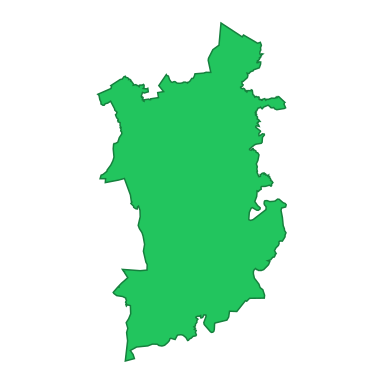 Tamazunchale, San Luis Potosí, Mexico, rotated 270°
{"feature_id": "50627088B74317762178215", "entity_name": "Tamazunchale", "entity_type": "district", "adm_level": 2, "iso_a3": "MEX", "parent_name": "Mexico", "parent_adm1": "San Luis Potosí", "projection": "albers", "projection_center": [-98.765, 21.244], "detail": "fine", "context": "isolated", "style": "filled", "palette": "green", "viewbox_px": 384, "rotation_deg": 270, "n_neighbors": 0, "source": "geoboundaries", "source_scale": "gbopen_adm2", "svg_char_len": 6074}
<svg xmlns="http://www.w3.org/2000/svg" viewBox="0 0 384 384"><g transform="rotate(270 192 192)"><path d="M147.1,285.0L149.0,285.1L151.2,286.0L153.6,284.5L155.2,284.4L158.4,283.2L166.5,282.4L173.8,281.0L176.0,281.7L177.0,285.6L179.2,286.2L180.5,285.2L181.3,283.1L184.7,279.2L184.9,277.6L183.0,275.1L182.7,273.7L182.4,269.8L183.4,267.1L183.3,265.0L182.7,264.4L180.7,264.1L179.3,264.4L177.2,266.1L174.4,266.0L164.4,253.1L163.6,250.6L164.3,248.9L165.0,248.8L171.6,249.3L175.7,251.1L176.4,252.3L173.8,256.8L173.7,258.3L175.0,260.1L176.3,260.1L178.4,257.6L182.5,254.8L187.6,256.7L193.1,257.1L192.5,258.4L193.7,259.4L194.8,261.2L196.8,261.0L197.5,261.6L197.6,265.3L198.8,269.4L197.8,271.0L198.4,271.6L199.7,271.5L201.4,272.9L202.9,271.9L203.5,270.6L204.3,270.9L205.9,270.1L206.4,269.2L207.2,269.6L208.0,268.6L208.8,268.6L208.0,267.8L208.8,267.3L208.8,266.0L209.7,265.9L210.3,265.2L210.0,264.7L210.7,264.3L210.0,263.9L211.0,263.3L210.6,262.0L209.4,260.8L209.4,260.2L207.6,260.4L207.3,258.9L212.1,256.8L212.7,257.4L215.0,256.8L217.2,257.3L220.1,256.3L223.6,257.9L229.1,259.0L231.2,257.7L231.6,256.2L233.0,255.9L234.6,253.4L235.4,253.2L235.2,252.5L234.6,252.6L235.0,252.2L233.7,251.1L234.3,249.5L235.1,249.6L239.2,254.6L239.9,256.3L240.7,261.2L241.7,262.1L246.7,262.5L249.0,264.4L249.9,264.3L250.2,262.4L248.4,260.0L248.3,259.0L250.4,258.8L252.5,260.5L253.0,260.4L256.7,255.8L257.7,255.8L258.2,256.7L257.6,259.2L258.9,258.7L260.8,257.1L261.4,257.5L261.2,258.0L262.5,258.5L262.6,260.0L264.5,258.5L265.0,257.2L267.0,257.5L268.9,255.7L269.3,256.5L270.2,255.5L270.9,256.2L271.4,255.5L271.7,256.0L272.6,255.7L273.0,256.6L275.9,258.1L276.3,259.9L276.9,260.5L275.2,262.1L277.0,263.8L278.8,268.1L277.0,270.5L276.5,270.5L276.1,272.0L276.5,273.6L275.1,274.8L274.3,276.8L275.5,284.3L276.2,285.6L279.9,284.0L281.3,284.5L281.4,283.9L281.7,284.8L287.3,278.8L287.5,278.0L286.3,277.0L287.0,276.3L286.4,276.1L285.7,274.4L285.9,271.6L284.5,268.0L284.8,266.9L283.8,265.8L285.4,264.8L284.5,262.1L283.7,262.1L283.7,261.4L284.6,260.5L284.4,259.4L284.8,259.1L286.8,259.1L287.1,258.6L286.9,257.7L287.6,256.0L286.8,254.8L288.8,253.8L289.4,252.9L293.7,252.3L294.2,251.3L293.3,251.1L293.4,247.7L292.2,247.0L293.2,246.5L293.4,246.2L292.6,246.0L293.2,245.2L295.0,244.6L295.5,243.9L295.7,243.3L295.2,242.4L296.3,240.6L297.0,240.6L297.9,242.4L298.7,243.0L299.3,243.1L299.8,242.1L302.4,242.0L302.6,243.2L306.4,247.4L308.7,247.9L310.8,247.1L310.4,248.9L312.2,250.5L313.2,253.2L314.1,253.5L316.2,259.3L319.9,260.6L322.0,260.7L322.1,259.1L321.3,258.1L321.3,257.0L321.7,256.9L322.5,257.6L323.3,257.5L323.5,258.4L324.7,259.4L326.2,259.5L326.1,260.2L326.8,260.7L327.8,260.6L328.2,261.4L329.0,261.4L330.0,262.8L330.2,261.8L329.6,260.7L330.1,259.8L332.3,259.9L334.0,260.8L336.3,260.5L338.7,261.4L341.7,260.3L340.7,257.7L349.0,243.5L347.1,242.2L361.0,221.0L338.8,219.0L334.4,212.9L325.7,208.5L323.7,208.2L311.6,210.8L311.7,206.0L310.9,203.7L310.2,195.0L307.7,194.3L305.6,193.1L305.6,191.8L302.7,189.8L301.1,187.6L301.6,187.4L301.4,186.4L301.9,185.2L301.8,183.3L301.2,182.8L300.7,180.2L300.8,177.2L302.3,175.1L302.4,174.1L301.6,172.2L302.1,171.1L304.4,169.5L307.9,168.4L308.5,166.8L309.4,166.3L298.4,158.8L292.4,163.6L291.4,157.7L286.4,158.5L285.2,150.7L284.3,150.6L284.4,149.1L284.9,148.8L284.2,144.1L282.7,144.1L283.0,143.3L284.4,143.0L284.4,142.4L285.8,143.0L286.4,142.0L286.8,142.7L287.8,141.3L291.6,142.5L291.0,144.4L292.2,148.3L295.7,147.8L295.1,146.5L295.5,143.2L296.5,144.0L298.8,144.1L299.6,143.4L298.9,142.2L298.9,139.8L297.3,139.1L298.6,137.8L298.5,136.8L299.4,135.9L298.8,133.3L299.7,133.6L303.0,131.2L302.9,130.7L303.8,130.8L304.6,129.9L304.5,128.9L304.9,129.1L306.2,127.7L306.7,125.7L307.7,125.4L307.3,124.0L304.9,122.2L304.5,120.2L298.4,110.8L297.8,111.5L295.5,111.0L289.7,97.8L288.7,99.0L284.4,99.8L282.0,100.9L280.0,101.0L278.7,103.0L278.8,104.2L280.3,105.3L280.9,107.7L282.8,110.6L275.2,114.6L274.0,114.7L271.8,117.0L270.0,116.4L269.2,115.5L266.2,116.7L264.8,118.1L263.5,117.8L263.5,118.2L262.2,118.1L261.4,120.1L258.2,120.1L256.6,121.0L256.2,120.2L255.0,121.1L253.1,120.7L252.2,121.6L250.2,121.8L246.4,119.3L241.8,117.8L240.4,115.1L240.5,114.1L239.7,113.6L235.2,113.2L226.9,114.0L223.2,112.9L218.9,110.8L213.9,107.1L212.7,106.9L209.6,103.1L208.8,101.1L205.3,100.1L205.3,105.6L201.4,105.3L203.9,118.4L205.5,124.4L189.1,130.4L182.2,131.4L181.9,131.9L180.5,130.9L177.8,133.6L176.7,133.7L175.3,135.7L175.0,137.2L177.2,137.5L177.9,138.5L173.7,140.0L167.2,140.2L158.6,138.2L155.4,139.4L151.3,142.0L147.9,143.1L139.6,144.6L132.8,143.4L121.9,145.9L119.4,147.2L113.9,147.0L113.3,140.2L114.6,122.4L112.4,123.8L112.2,124.5L111.4,124.5L106.3,127.8L100.7,121.4L97.5,118.4L97.2,119.1L96.8,119.0L96.8,117.7L91.6,113.2L90.5,113.9L88.4,116.7L87.5,122.6L85.9,125.8L85.0,125.8L83.7,126.5L81.8,125.6L80.5,126.4L79.7,125.8L78.0,126.4L79.2,127.4L78.4,130.4L70.2,130.7L65.3,128.7L61.3,126.2L55.7,127.8L51.4,126.6L43.2,127.6L23.0,125.3L25.4,134.4L29.5,133.1L33.5,130.3L37.0,136.6L38.1,147.8L39.9,152.4L39.8,157.2L38.5,158.9L38.0,161.9L38.4,163.6L38.8,164.7L41.3,167.6L43.3,169.3L45.3,169.9L45.7,170.8L44.5,175.1L48.6,177.3L49.0,178.0L49.3,181.1L48.8,183.0L46.5,185.9L43.5,187.6L43.7,188.5L45.0,189.4L45.9,191.3L47.6,193.0L48.2,195.8L49.1,196.4L51.6,195.4L53.6,196.2L54.7,194.3L55.8,195.4L57.2,193.9L58.0,195.3L59.9,195.5L61.7,196.9L63.4,196.8L64.8,197.9L66.4,195.8L67.2,196.1L67.8,197.7L67.8,199.4L68.5,200.6L66.2,200.7L66.1,201.6L66.7,202.7L69.2,204.0L68.9,205.9L67.8,206.1L61.4,203.8L59.5,204.2L52.2,210.5L51.6,211.5L51.8,212.8L52.7,213.8L54.5,214.3L60.3,214.6L61.0,215.1L63.9,226.9L67.0,228.7L72.8,229.5L72.5,236.8L83.3,245.4L82.8,246.7L85.7,249.6L85.9,264.3L88.7,264.6L94.3,262.8L96.4,260.1L99.9,258.9L105.8,254.4L110.1,253.4L112.5,253.4L114.2,254.1L115.5,255.6L114.4,256.5L114.4,257.6L113.6,258.2L113.5,259.2L113.7,260.5L113.4,260.9L114.4,263.7L118.1,267.4L119.3,268.5L122.4,269.8L123.3,267.7L124.1,270.6L126.7,272.7L127.0,274.3L128.5,275.1L129.7,275.1L130.3,276.2L133.3,274.5L136.1,275.9L138.6,278.4L140.4,279.1L142.1,278.9L143.0,280.0L142.9,282.4L147.1,285.0Z" fill="#22c55e" stroke="#15803d" stroke-width="1.5"/></g></svg>